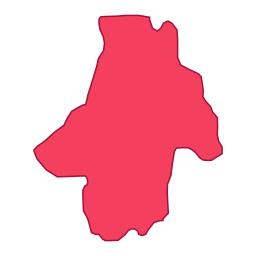 Kočani, Robinson projection
{"feature_id": "MKD-2939", "entity_name": "Kočani", "entity_type": "Statistical Region", "adm_level": 1, "iso_a3": "MKD", "parent_name": "North Macedonia", "parent_adm1": "", "projection": "robinson", "projection_center": [22.392, 41.974], "detail": "fine", "context": "isolated", "style": "filled", "palette": "rose", "viewbox_px": 256, "rotation_deg": 0, "n_neighbors": 0, "source": "natural_earth", "source_scale": "10m", "svg_char_len": 1399}
<svg xmlns="http://www.w3.org/2000/svg" viewBox="0 0 256 256"><path d="M34.1,151.0L33.9,150.1L37.5,146.1L44.6,141.3L53.5,133.0L63.9,125.3L67.2,118.4L71.6,111.4L77.1,108.1L82.5,105.2L85.7,104.5L88.1,94.3L90.8,85.9L91.9,82.2L96.5,67.3L98.5,58.5L103.6,50.5L104.5,43.2L103.3,36.6L100.0,29.6L99.0,23.5L99.0,21.8L99.0,19.1L100.9,16.8L105.5,16.5L116.4,16.2L125.1,15.4L129.9,15.4L135.2,15.4L138.2,15.4L141.8,15.9L149.6,17.3L149.6,19.7L152.6,28.5L157.5,31.0L160.9,28.1L163.6,23.1L168.0,21.0L172.2,23.5L176.9,29.8L177.6,39.4L177.6,57.5L180.7,65.0L187.9,68.8L198.5,73.9L201.2,76.8L203.3,90.3L202.9,96.9L205.6,101.1L210.8,107.0L212.5,112.0L217.3,117.5L217.6,125.5L217.3,134.7L218.7,141.4L222.1,146.9L222.1,153.7L218.8,155.7L211.3,160.4L206.9,160.4L202.8,159.9L199.3,157.4L195.9,152.8L191.5,149.4L188.0,147.7L181.9,147.7L176.4,148.1L174.4,151.5L172.4,163.3L170.9,175.4L167.5,184.3L167.2,191.8L168.3,213.2L163.1,218.7L162.9,220.6L160.4,220.6L154.1,222.4L148.5,229.3L145.8,234.1L142.5,235.5L138.7,234.4L137.8,231.1L134.8,229.0L130.9,229.0L127.7,231.1L125.0,234.8L118.1,240.3L111.3,240.6L106.1,240.6L105.2,240.6L102.8,239.2L98.9,234.4L95.7,234.4L91.5,232.6L89.1,223.5L87.9,219.5L86.5,216.2L83.5,211.1L82.9,196.5L82.9,190.3L84.7,186.2L87.1,184.8L87.7,182.2L87.1,178.2L85.3,176.0L80.2,176.0L72.2,176.4L57.3,176.8L46.3,169.8L37.2,159.2L34.2,151.6L34.1,151.0Z" fill="#f43f5e" stroke="#9f1239" stroke-width="1.5"/></svg>